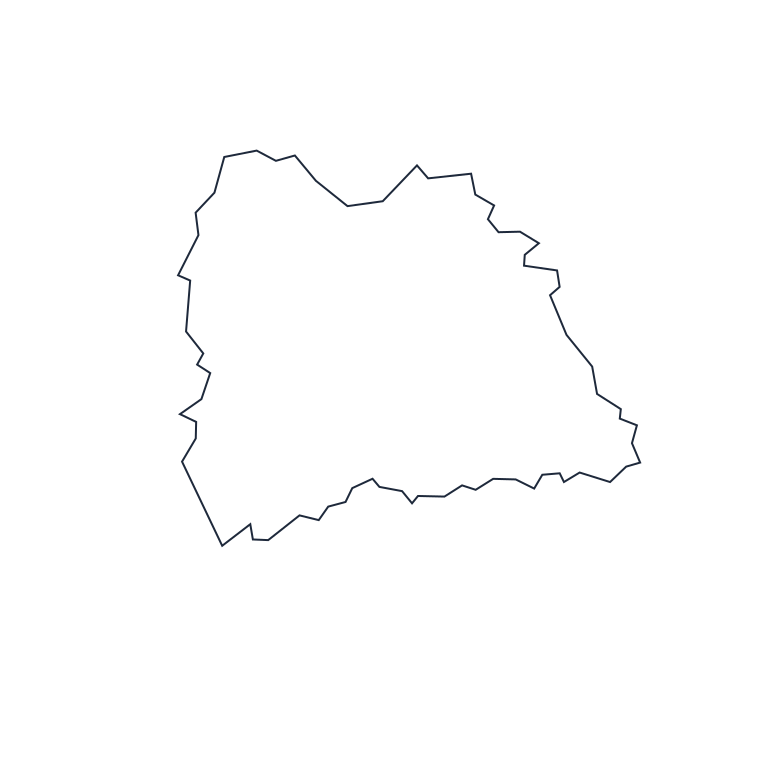 outline of Knox, Kentucky, United States of America, rotated 33°
{"feature_id": "52423323B87116979196195", "entity_name": "Knox", "entity_type": "district", "adm_level": 2, "iso_a3": "USA", "parent_name": "United States of America", "parent_adm1": "Kentucky", "projection": "natural_earth1", "projection_center": [-83.823, 36.871], "detail": "fine", "context": "isolated", "style": "outline", "palette": "slate", "viewbox_px": 768, "rotation_deg": 33, "n_neighbors": 0, "source": "geoboundaries", "source_scale": "gbopen_adm2", "svg_char_len": 1005}
<svg xmlns="http://www.w3.org/2000/svg" viewBox="0 0 768 768"><g transform="rotate(33 384 384)"><path d="M336.4,607.8L348.2,574.4L358.7,585.8L371.9,578.0L384.7,540.2L403.4,533.7L404.0,517.2L416.0,503.9L414.1,488.6L426.0,469.7L436.2,472.8L457.5,464.0L472.5,468.8L473.5,459.4L496.0,445.5L504.7,426.5L518.5,422.8L527.2,404.1L546.4,392.3L566.9,389.9L566.2,373.9L580.0,363.2L588.3,368.2L596.3,351.7L627.0,343.1L632.1,321.4L641.6,310.4L624.2,298.6L618.6,280.9L600.6,284.6L596.3,276.1L568.1,276.3L549.1,256.0L510.3,243.4L474.9,219.1L478.4,206.9L467.3,194.5L437.0,208.5L431.7,199.0L437.2,181.6L415.1,182.2L397.4,194.3L381.4,189.2L379.1,174.3L357.4,175.4L342.5,160.2L309.0,187.5L292.6,182.7L283.4,231.4L256.5,254.7L216.3,250.7L184.8,240.9L171.8,255.7L150.1,257.6L126.4,280.6L137.6,315.9L132.7,342.9L147.3,360.2L152.1,405.0L165.1,402.8L189.4,447.8L215.8,456.8L216.7,469.5L232.3,469.5L239.1,496.1L229.3,520.4L247.1,518.1L255.8,532.2L256.9,559.1L336.4,607.8Z" fill="none" stroke="#1e293b" stroke-width="2"/></g></svg>